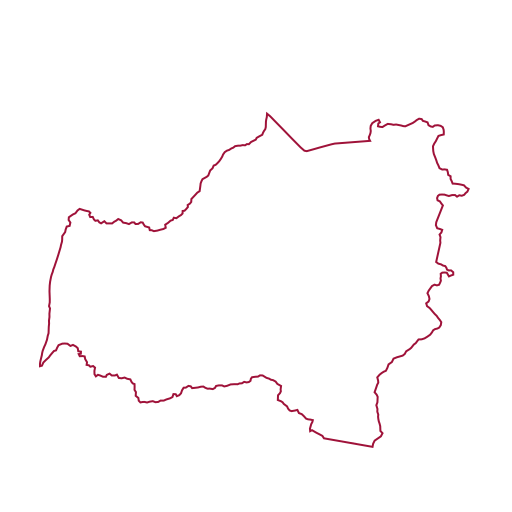 Guaraí, Tocantins, Brazil (orthographic projection), rotated 191°
{"feature_id": "56859067B33114689351252", "entity_name": "Guaraí", "entity_type": "district", "adm_level": 2, "iso_a3": "BRA", "parent_name": "Brazil", "parent_adm1": "Tocantins", "projection": "orthographic", "projection_center": [-48.435, -8.766], "detail": "fine", "context": "isolated", "style": "outline", "palette": "rose", "viewbox_px": 512, "rotation_deg": 191, "n_neighbors": 0, "source": "geoboundaries", "source_scale": "gbopen_adm2", "svg_char_len": 6021}
<svg xmlns="http://www.w3.org/2000/svg" viewBox="0 0 512 512"><g transform="rotate(191 256 256)"><path d="M272.3,397.8L271.9,394.4L272.0,391.9L271.9,389.9L271.0,384.4L271.1,382.3L272.0,380.3L272.6,378.4L273.0,376.2L275.6,374.1L277.9,372.1L278.4,370.2L282.6,367.0L284.3,364.4L286.3,364.1L287.8,362.6L290.3,362.3L292.5,361.3L294.9,360.8L297.5,359.8L299.0,358.0L300.7,356.9L302.6,355.0L304.6,353.9L306.5,352.0L307.7,349.3L308.1,347.2L309.0,344.7L310.2,342.0L311.7,339.6L313.0,337.8L314.8,336.7L315.4,333.8L317.3,331.2L318.2,325.9L319.5,324.3L321.4,322.7L323.2,321.2L323.8,319.0L324.2,316.6L324.0,314.2L323.7,308.9L325.7,307.0L327.4,304.2L330.3,299.6L329.9,296.7L330.9,294.8L332.8,293.0L332.2,291.1L333.4,288.9L334.8,286.8L336.6,286.2L336.2,283.7L337.4,281.9L339.2,280.3L341.4,277.9L344.0,277.9L344.6,275.5L346.6,274.4L348.7,271.7L351.1,269.4L350.0,266.5L352.1,264.8L354.8,263.6L357.7,262.1L361.0,260.9L363.3,261.4L365.2,261.1L366.3,263.6L370.6,264.0L372.2,265.5L373.6,267.2L375.6,267.1L377.8,265.0L380.4,264.4L381.9,265.7L384.3,265.3L386.8,263.1L389.9,263.5L392.8,263.4L395.2,265.3L398.3,266.0L400.1,263.9L401.7,262.6L403.5,260.5L409.0,259.5L411.5,261.2L414.3,258.5L416.2,259.1L418.1,260.8L420.4,259.9L422.1,261.0L423.7,263.2L426.2,262.6L427.6,264.7L426.8,266.7L428.5,267.9L430.8,267.9L433.0,268.0L438.1,268.6L439.9,266.6L441.4,263.5L443.6,261.9L445.0,260.5L447.1,258.3L446.8,255.6L444.6,253.4L444.7,250.0L447.4,248.8L447.9,245.6L447.9,243.1L450.0,238.5L449.4,235.2L449.2,233.0L449.5,229.6L449.5,227.3L450.3,219.3L450.9,214.2L451.4,210.6L451.9,206.6L452.4,204.1L452.5,201.7L453.0,198.8L453.2,196.5L453.2,191.7L452.9,187.7L452.0,182.0L450.2,174.3L449.6,171.0L449.6,167.3L448.2,165.2L447.8,160.0L447.1,156.7L446.9,153.1L446.2,150.1L445.9,146.9L444.9,140.6L445.2,138.0L445.2,133.9L445.9,129.1L446.6,126.3L447.3,122.2L447.4,119.9L447.3,117.8L447.6,111.4L447.5,109.1L447.0,106.6L445.2,107.5L444.4,110.9L442.5,113.7L440.1,116.9L439.0,119.3L437.5,122.0L436.2,124.2L434.3,125.2L433.7,128.0L432.8,130.8L429.4,133.0L427.0,133.6L424.3,133.9L421.0,132.3L418.7,133.8L415.5,132.8L413.4,131.5L412.3,128.6L409.6,128.7L409.3,126.7L411.3,125.9L409.9,124.0L407.1,124.7L405.0,124.7L404.0,122.2L401.6,119.5L401.5,116.8L399.1,116.8L397.5,115.7L394.9,116.9L392.7,115.7L392.7,112.4L392.0,109.2L390.2,107.3L388.5,109.2L386.4,109.0L383.2,108.3L380.3,108.8L379.8,110.8L377.3,112.6L374.8,111.2L371.7,111.8L369.9,113.0L367.4,110.1L364.6,110.3L361.8,111.6L359.0,110.9L355.8,110.9L354.3,108.8L352.7,107.4L350.8,107.1L350.2,104.4L349.7,101.4L347.9,99.5L347.4,95.8L344.4,94.2L343.5,91.6L341.5,90.2L339.6,91.0L337.6,91.5L335.0,91.4L332.6,92.7L329.6,93.8L326.8,93.3L324.1,94.1L322.2,95.8L318.9,96.5L316.6,98.1L313.2,99.9L311.1,101.6L310.7,104.7L308.4,105.0L307.0,103.3L304.8,104.7L303.4,106.9L303.0,110.0L301.9,112.9L299.8,113.4L297.5,115.6L295.2,115.6L293.5,114.1L290.9,114.9L287.8,115.9L285.1,117.2L282.7,117.8L280.8,117.0L278.3,116.5L276.1,117.0L273.0,117.1L271.1,118.7L270.4,120.8L267.8,121.9L264.7,122.5L262.3,121.9L259.7,123.0L256.4,125.1L252.6,126.1L249.6,126.6L247.8,127.8L245.6,128.3L243.6,130.2L241.1,130.1L239.0,130.9L237.6,132.4L237.6,134.5L236.8,136.2L233.7,137.3L231.0,138.0L229.3,139.6L226.7,140.0L222.5,138.4L219.7,138.1L217.8,137.4L215.6,137.4L212.8,136.5L210.6,134.5L206.6,133.2L206.4,129.8L205.8,127.9L206.3,125.9L207.8,123.5L207.1,118.8L203.8,118.2L202.0,117.5L200.5,116.1L196.8,114.3L195.4,112.3L193.5,110.8L191.5,110.5L188.1,111.8L186.0,112.8L183.9,110.0L180.9,109.5L178.4,107.9L175.8,105.9L173.7,105.6L171.4,105.8L168.9,105.7L169.0,103.8L169.7,101.6L170.1,96.8L169.4,94.4L167.8,95.7L162.9,94.0L160.1,93.2L156.5,92.1L154.5,90.0L105.2,90.9L105.2,94.1L104.3,97.4L99.0,102.8L98.0,106.2L100.5,108.0L101.6,112.7L102.8,115.2L103.9,117.1L104.8,119.3L105.5,121.5L105.7,123.6L107.2,126.3L107.6,129.0L109.4,132.5L108.9,135.5L109.7,141.0L111.1,142.9L113.6,144.9L112.9,149.6L112.5,152.7L111.8,155.0L112.4,157.1L113.8,160.0L112.0,163.1L110.3,165.1L108.5,166.8L106.6,168.1L105.7,171.3L105.2,174.9L102.4,177.8L101.4,181.5L98.3,183.5L93.0,186.2L91.3,188.2L90.4,191.1L87.4,193.9L86.1,195.5L84.2,199.2L82.6,200.9L81.4,203.4L80.5,205.1L77.5,205.8L74.8,207.3L72.4,209.5L70.0,212.0L68.7,214.6L67.9,216.9L66.3,218.4L64.1,219.4L62.5,220.7L61.4,223.4L61.5,226.4L63.4,228.3L65.5,230.0L67.2,231.7L69.5,233.2L71.9,235.1L74.1,236.9L75.7,238.1L78.5,239.4L79.9,242.0L77.9,244.3L77.5,246.9L78.6,249.5L80.6,252.2L79.8,255.1L77.5,260.1L75.3,261.9L72.8,261.7L70.8,262.7L70.2,264.9L69.8,267.0L70.6,269.2L70.6,271.3L71.3,273.8L70.0,275.2L67.7,275.8L65.5,276.0L62.7,272.8L61.0,274.0L58.8,275.3L59.3,277.7L61.8,279.1L64.0,278.6L65.9,279.1L66.9,280.8L68.3,282.2L70.6,282.3L72.7,283.1L75.6,283.3L78.0,284.5L77.5,304.1L78.2,306.5L78.5,309.7L79.9,312.1L78.5,314.5L78.2,317.2L80.5,317.6L83.4,317.8L85.3,320.6L85.5,323.6L82.2,341.3L84.1,342.9L85.9,344.7L88.4,345.3L89.3,347.4L88.9,349.7L87.6,351.2L85.3,351.8L82.7,352.2L80.4,351.9L78.1,351.7L75.2,353.2L72.2,353.8L70.0,352.6L68.0,354.4L65.5,354.4L63.3,355.8L62.3,357.7L60.8,359.5L60.1,362.4L62.8,363.2L65.4,365.1L68.3,365.2L70.4,365.2L72.3,365.1L74.7,364.9L76.8,364.6L78.1,366.7L79.7,368.8L80.2,371.4L82.8,372.3L83.7,374.9L84.9,377.1L87.4,377.0L89.7,376.4L92.6,377.2L94.3,379.8L96.0,382.0L97.3,384.4L98.9,387.0L100.9,390.1L102.0,392.8L102.7,395.4L103.2,397.5L102.5,400.3L101.4,403.0L100.5,406.3L99.8,408.7L97.4,410.0L94.9,411.1L95.3,413.6L95.9,415.7L97.2,418.0L99.6,419.0L102.4,419.1L105.5,418.2L107.1,416.5L109.2,416.5L111.6,417.3L113.1,419.9L115.6,420.3L118.0,420.5L119.5,422.0L122.1,421.9L124.3,420.0L125.5,418.5L127.5,416.5L134.2,411.8L136.3,411.6L138.3,411.8L143.5,411.8L146.1,411.0L148.4,411.1L151.9,410.8L154.3,408.8L156.5,406.7L159.0,406.5L161.0,406.6L161.2,409.4L159.8,410.9L161.6,413.1L164.3,411.5L167.2,408.6L168.2,405.7L168.0,403.0L167.2,400.6L167.1,398.5L167.4,396.4L167.9,394.2L167.2,392.3L166.0,390.8L200.1,381.4L203.1,380.1L214.3,374.6L219.0,372.2L226.2,368.6L228.6,368.6L232.9,371.1L243.3,378.2L253.6,385.4L264.2,392.7L267.2,394.8L269.0,396.0L272.3,397.8Z" fill="none" stroke="#9f1239" stroke-width="2"/></g></svg>